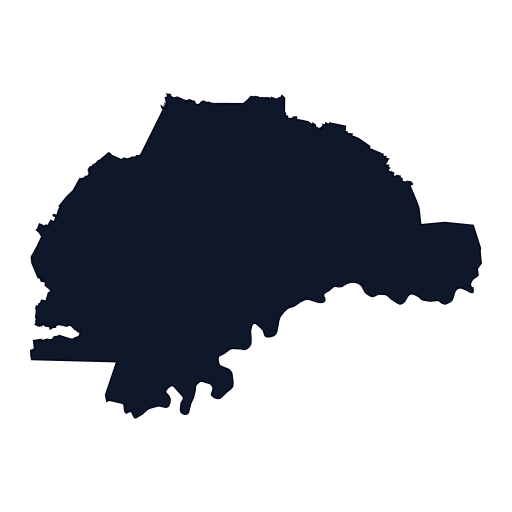 La Barca, Jalisco, Mexico
{"feature_id": "50627088B96985359808348", "entity_name": "La Barca", "entity_type": "district", "adm_level": 2, "iso_a3": "MEX", "parent_name": "Mexico", "parent_adm1": "Jalisco", "projection": "natural_earth1", "projection_center": [-102.522, 20.357], "detail": "fine", "context": "isolated", "style": "filled", "palette": "ink", "viewbox_px": 512, "rotation_deg": 0, "n_neighbors": 0, "source": "geoboundaries", "source_scale": "gbopen_adm2", "svg_char_len": 5955}
<svg xmlns="http://www.w3.org/2000/svg" viewBox="0 0 512 512"><path d="M108.8,152.8L99.6,160.5L98.6,160.6L97.0,162.2L96.5,163.1L92.6,165.3L93.0,166.2L92.0,167.4L91.7,167.3L91.5,166.7L90.4,166.9L89.7,167.5L88.3,169.9L89.4,170.4L88.7,171.8L89.8,172.4L87.3,176.9L85.5,176.3L84.6,178.4L83.9,178.1L83.6,178.7L82.9,178.5L82.7,178.9L79.9,178.6L73.2,190.7L66.8,196.8L59.4,206.0L60.3,206.4L58.0,211.6L57.2,215.6L53.8,214.5L53.2,215.6L56.1,216.9L54.2,221.9L54.0,222.1L50.8,220.4L47.9,225.7L45.6,225.2L45.0,226.5L39.5,224.0L38.6,226.1L38.0,228.3L37.1,229.7L36.6,229.9L39.4,232.5L41.9,236.6L36.9,247.1L31.3,257.0L32.0,263.0L38.1,277.6L40.1,278.0L40.3,278.7L41.1,279.3L40.8,280.0L41.4,280.3L41.4,281.3L43.3,281.2L43.9,281.8L45.7,282.0L45.3,285.5L50.8,289.7L50.0,293.1L48.5,292.8L46.0,301.3L41.7,300.2L40.2,304.0L39.1,303.7L38.3,306.5L36.5,306.0L35.8,308.8L36.2,309.1L36.6,310.4L36.3,311.9L36.4,314.6L36.0,314.7L35.7,317.4L36.7,317.6L35.9,321.1L36.7,321.6L35.3,324.4L38.1,325.7L39.7,326.1L39.8,325.1L41.7,325.7L41.9,324.3L44.2,324.6L45.2,325.9L50.3,326.7L50.0,328.9L50.4,329.0L52.8,327.3L55.5,327.1L55.7,325.3L57.0,325.2L57.2,324.7L58.3,324.3L59.8,324.5L60.6,325.0L62.9,324.9L64.1,325.6L67.1,326.1L68.6,325.0L70.3,325.3L72.5,326.6L73.9,328.5L74.8,329.3L77.1,330.4L77.6,331.4L78.2,331.9L79.7,331.4L80.2,332.8L79.3,336.1L76.0,337.8L75.3,337.7L75.4,338.7L74.3,338.6L74.2,339.1L71.7,339.2L69.0,338.7L59.1,335.5L59.0,336.2L54.3,336.8L54.4,337.5L52.9,338.4L51.5,340.3L51.5,340.0L49.4,339.6L46.7,339.3L42.9,340.6L41.3,340.5L41.4,339.5L33.6,340.6L34.6,349.1L31.0,350.3L30.7,350.8L31.0,352.5L30.8,354.3L31.7,359.5L116.8,361.7L105.6,394.9L106.8,401.2L108.7,400.3L110.4,400.4L123.0,403.4L124.1,404.9L124.7,410.8L125.5,412.5L126.4,413.0L129.7,411.4L131.1,411.3L132.1,412.6L133.8,416.4L134.8,417.8L136.2,417.6L142.2,414.0L147.0,409.6L149.6,408.2L157.9,405.9L159.9,406.0L165.6,407.2L166.6,407.2L168.3,406.2L169.7,403.1L170.1,400.9L170.0,398.7L168.5,395.6L165.6,392.5L165.4,391.5L166.4,389.5L168.1,387.6L171.2,385.5L172.6,385.5L174.1,386.5L183.3,396.7L183.5,398.7L183.0,400.2L181.5,402.4L181.1,403.6L180.5,409.5L180.9,411.7L181.7,412.8L184.5,414.3L186.7,414.0L187.6,413.6L188.5,412.2L190.7,403.4L193.5,397.3L195.1,390.3L195.4,386.0L196.5,384.2L199.6,381.6L200.7,381.2L202.6,381.3L209.5,383.4L211.0,384.2L212.6,386.3L213.2,388.4L212.8,390.5L211.6,393.6L211.6,394.8L212.0,395.4L213.8,397.1L215.4,397.9L217.4,398.4L219.3,398.3L221.1,397.4L226.4,392.2L230.6,388.9L232.3,386.9L232.8,385.7L232.9,381.8L231.9,374.0L231.6,373.0L229.9,370.4L228.8,369.5L221.2,366.4L219.5,365.4L219.1,364.7L218.2,361.6L217.9,358.8L218.5,356.5L219.1,355.8L224.1,353.4L229.5,349.3L231.9,348.3L240.7,348.8L244.3,349.5L245.9,349.1L248.4,347.4L249.9,345.6L250.7,343.9L251.0,338.0L250.6,334.7L250.5,330.5L251.7,325.4L252.1,324.5L253.3,323.5L254.5,323.2L255.9,323.3L261.4,328.1L263.3,330.4L265.0,335.4L266.1,336.6L268.9,336.8L271.5,336.3L273.8,335.5L275.5,334.0L276.7,331.7L278.8,320.1L280.1,316.5L283.6,312.0L287.2,308.6L288.9,307.6L293.9,306.1L301.0,301.3L305.4,299.3L309.5,299.4L318.7,302.4L322.4,302.3L323.4,301.9L324.4,301.3L324.9,300.0L324.5,297.9L323.5,296.2L323.5,295.3L324.0,293.5L325.8,292.2L328.6,290.7L333.8,286.3L335.1,286.0L338.1,286.7L340.6,286.6L342.1,286.3L345.8,283.9L349.0,282.6L351.5,282.1L354.7,282.1L357.9,283.0L360.9,284.9L362.8,287.2L363.3,288.9L365.4,292.4L366.7,293.6L370.1,295.8L372.3,296.5L373.8,296.3L377.8,294.3L379.6,294.0L385.8,294.5L387.7,295.6L390.9,298.6L396.7,302.5L399.8,304.0L401.7,303.6L403.5,302.4L404.8,301.1L407.3,296.7L408.8,294.8L410.5,293.9L411.8,293.7L413.9,294.2L416.2,295.2L419.4,297.1L421.6,299.2L423.8,300.1L430.4,301.1L437.9,300.3L439.0,300.7L442.2,303.2L444.6,303.9L445.8,303.9L450.1,301.8L451.8,300.2L452.8,298.2L454.9,291.3L456.6,289.1L458.7,288.0L461.6,287.9L467.5,290.5L469.7,291.9L471.7,292.5L472.8,292.4L473.3,290.3L473.0,289.4L472.5,288.9L472.9,287.9L471.9,287.8L471.1,287.3L470.2,284.3L470.3,283.7L472.4,279.4L475.2,277.4L475.0,277.2L476.1,276.9L477.8,275.5L478.0,274.8L477.2,268.8L481.3,263.0L480.7,259.2L480.0,250.9L480.4,248.3L473.2,225.4L444.7,222.5L420.7,224.8L418.9,208.0L416.9,202.5L410.5,187.1L409.7,184.1L412.0,184.5L412.4,184.0L410.8,182.0L407.0,181.4L405.5,182.4L401.6,181.2L402.2,179.1L399.9,177.4L400.1,176.2L396.9,175.6L394.7,176.8L392.7,175.3L393.7,173.2L391.4,171.9L391.1,172.6L387.2,170.3L389.4,168.0L387.5,167.3L388.5,165.4L385.2,165.1L385.5,164.4L385.3,164.1L388.3,158.9L385.0,158.6L386.0,156.6L382.1,156.3L383.0,154.4L368.9,148.4L369.7,146.4L365.9,143.7L358.8,138.8L354.3,136.8L351.3,136.1L352.1,134.1L346.5,133.5L347.1,132.1L344.9,131.3L345.4,126.3L329.7,123.0L329.1,124.8L325.8,123.0L325.8,124.6L325.0,125.3L323.1,124.5L323.0,127.5L321.8,127.0L321.7,128.7L320.4,128.1L320.3,129.6L315.3,126.8L315.3,125.0L312.9,123.4L312.9,125.1L307.8,122.0L307.9,121.8L299.0,119.9L297.0,119.9L296.5,119.4L296.4,117.0L293.2,117.2L292.0,118.8L287.5,118.4L287.4,116.2L285.4,116.3L285.5,113.5L285.1,112.9L284.3,112.9L284.5,98.1L282.0,95.6L280.9,97.7L280.2,97.5L277.6,98.7L277.1,99.6L271.6,97.5L271.6,99.0L269.6,98.2L267.4,97.8L265.6,97.8L264.9,98.1L262.8,97.7L262.2,98.0L261.1,97.6L260.8,98.1L259.9,98.1L257.7,97.0L257.0,96.8L256.5,97.2L254.9,96.5L252.8,97.5L252.6,96.8L251.1,96.5L247.4,100.4L243.4,103.7L216.0,103.6L214.7,103.9L212.1,103.3L211.0,103.5L209.0,102.3L207.1,102.7L203.3,101.2L202.3,101.5L201.0,102.5L199.9,104.3L199.2,104.1L198.4,104.8L195.9,104.4L195.0,103.5L194.6,101.6L194.1,101.3L192.5,101.1L189.8,99.9L188.5,100.0L186.8,101.0L186.3,100.7L185.0,101.2L184.7,100.4L177.5,97.3L176.5,97.3L174.7,98.1L172.4,97.6L171.7,97.0L171.2,97.4L170.8,97.0L170.4,94.8L170.1,94.5L169.2,94.2L168.9,94.6L168.0,95.0L167.3,94.4L167.8,96.7L165.4,97.8L167.2,105.6L165.4,104.0L166.2,107.2L164.8,106.2L165.7,109.0L161.6,106.3L162.3,108.3L163.5,109.2L140.8,154.8L138.4,156.0L136.8,155.6L135.4,157.3L132.8,157.1L128.0,159.0L126.1,158.8L124.0,158.1L122.1,159.5L120.4,159.4L111.5,155.4L110.7,154.3L108.8,152.8Z" fill="#0f172a" stroke="#020617" stroke-width="1.5"/></svg>